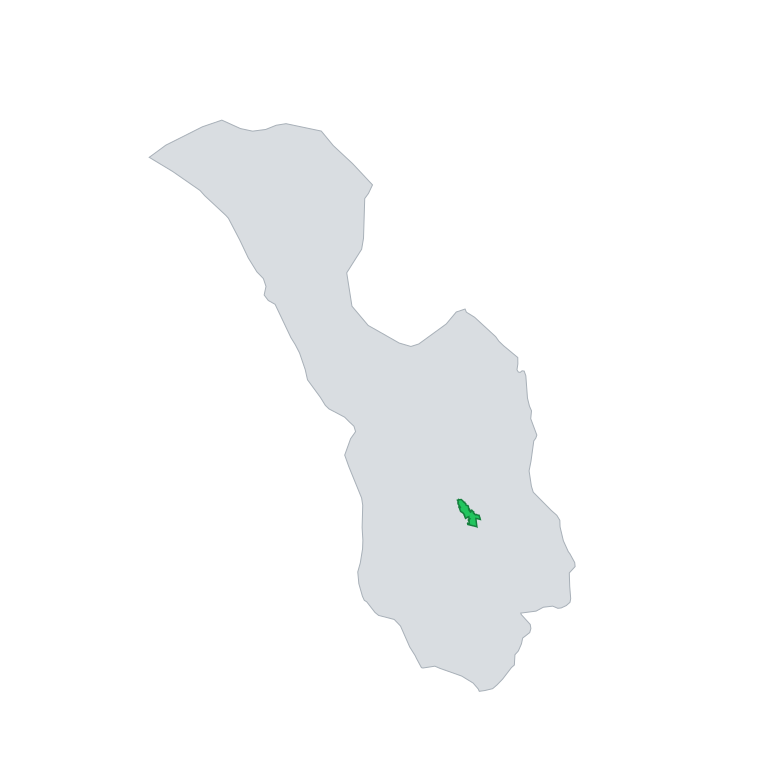 Sarkaņu pag., Madona, Latvia shown in context, rotated 59°
{"feature_id": "27541924B13907440389179", "entity_name": "Sarkaņu pag.", "entity_type": "district", "adm_level": 2, "iso_a3": "LVA", "parent_name": "Latvia", "parent_adm1": "Madona", "projection": "equal_earth", "projection_center": [26.346, 56.915], "detail": "fine", "context": "in_parent", "style": "filled", "palette": "green", "viewbox_px": 768, "rotation_deg": 59, "n_neighbors": 0, "source": "geoboundaries", "source_scale": "gbopen_adm2", "svg_char_len": 4941}
<svg xmlns="http://www.w3.org/2000/svg" viewBox="0 0 768 768"><g transform="rotate(59 384 384)"><path d="M559.3,512.3L554.8,511.8L542.2,508.4L531.6,503.3L525.2,496.5L514.3,487.3L507.1,482.6L495.8,476.7L477.0,464.7L470.2,461.9L436.7,456.7L424.7,454.3L413.7,440.8L410.2,432.9L404.7,431.5L398.7,433.2L392.2,434.8L377.0,444.0L372.1,445.3L362.8,445.4L341.0,447.4L331.1,444.1L313.9,440.4L304.6,439.8L296.3,439.9L259.6,436.3L252.8,440.2L246.0,440.9L239.6,434.9L231.5,433.1L222.4,435.2L206.0,435.4L186.5,433.5L161.8,432.0L158.1,432.7L130.3,440.7L123.4,442.0L93.0,455.7L68.8,468.5L66.9,448.0L70.0,407.2L74.3,387.1L91.1,375.5L99.6,366.4L104.9,354.3L106.7,343.1L110.4,333.9L134.9,307.5L153.6,304.7L179.0,297.4L207.4,291.3L212.6,299.1L215.1,305.0L248.5,326.5L257.0,333.8L269.5,358.7L300.8,371.4L325.7,367.4L336.6,361.2L356.7,349.9L365.7,341.6L367.6,333.6L364.6,299.7L359.5,285.0L361.5,275.9L364.9,276.4L373.4,272.0L401.0,263.9L406.5,263.5L412.8,261.8L430.2,255.7L435.7,258.9L440.3,262.7L442.9,262.7L444.2,261.3L443.8,258.9L445.1,257.2L450.0,258.2L470.0,268.3L477.8,270.7L483.0,271.4L489.3,276.1L506.5,279.3L508.6,281.8L509.9,284.9L525.9,297.8L533.2,304.4L547.5,310.3L553.6,311.8L578.6,305.7L585.6,303.5L591.4,303.5L597.2,306.7L610.7,311.0L622.8,312.4L625.0,312.1L635.3,312.5L638.9,314.2L641.4,322.5L653.2,329.1L664.1,334.5L666.9,337.0L667.8,341.9L667.2,347.5L665.8,350.5L661.3,353.8L657.4,362.4L657.0,370.6L650.8,384.8L652.3,385.1L665.4,382.5L669.2,384.0L672.1,387.1L673.2,396.0L677.5,400.0L682.0,406.3L683.5,411.2L692.0,417.0L692.7,420.8L698.0,434.2L700.1,441.9L701.1,447.8L698.7,455.4L696.5,460.6L693.9,460.3L686.3,461.6L674.4,467.8L656.7,482.4L652.1,485.7L647.5,496.9L646.4,498.0L636.0,497.5L633.1,497.2L622.7,497.4L599.9,494.5L591.1,496.5L579.6,507.8L575.1,509.4L561.7,511.0L559.3,512.3Z" fill="#d9dde1" stroke="#a8b0b8" stroke-width="1"/><path d="M554.2,377.9L546.9,374.7L546.6,374.5L546.5,374.4L549.1,371.8L549.1,371.7L549.3,371.6L549.7,371.2L548.2,370.8L548.1,370.7L547.8,370.7L547.5,370.6L547.3,370.6L545.7,370.2L545.7,370.4L545.4,370.5L545.1,370.7L544.9,370.8L544.4,371.4L543.8,371.9L543.6,371.9L543.6,372.5L543.3,373.0L543.1,373.0L542.8,373.0L542.4,373.3L542.2,373.4L542.0,373.2L541.5,373.3L541.3,373.4L541.3,373.5L541.0,373.7L540.7,373.8L540.4,373.7L540.2,373.6L540.1,373.4L539.7,373.3L539.7,373.2L539.5,373.3L539.1,373.3L538.9,373.4L538.5,373.6L538.3,373.6L538.2,373.6L537.6,373.7L537.5,373.8L537.3,373.8L537.3,374.1L537.3,374.4L537.4,374.5L537.5,374.6L537.9,375.0L538.1,375.2L538.4,375.4L538.4,375.5L538.4,375.8L537.9,376.0L537.4,376.0L536.8,376.0L536.5,376.1L536.2,376.1L536.2,375.8L536.0,376.0L535.8,376.0L535.7,376.0L535.7,375.9L535.8,375.7L535.7,375.7L535.4,375.7L535.1,375.5L535.1,375.4L534.9,375.5L534.8,375.3L534.6,375.3L534.2,375.3L534.1,375.5L533.4,375.2L532.9,375.0L532.8,374.9L532.6,374.9L532.4,374.8L531.7,374.7L531.4,374.7L531.3,374.8L531.2,375.0L530.8,375.5L530.6,375.7L530.5,375.8L530.3,376.0L530.2,376.0L529.9,376.0L529.6,376.0L529.4,375.9L529.1,375.8L529.0,375.7L528.8,375.7L528.7,375.6L528.4,375.7L528.0,375.9L527.7,376.0L527.4,375.9L527.4,376.0L527.2,376.1L526.8,376.2L526.7,376.1L526.6,376.3L526.4,376.5L524.6,376.7L524.3,376.8L524.1,376.9L523.8,377.0L522.8,377.3L522.6,377.8L522.4,378.2L522.2,378.7L522.1,378.9L522.1,379.1L521.9,379.2L521.9,379.3L521.4,379.6L521.6,379.8L521.8,380.0L521.5,380.6L521.4,380.9L522.0,381.0L522.3,381.0L522.5,380.9L522.8,380.9L522.9,381.0L523.0,381.0L523.3,381.2L523.4,381.3L523.5,381.4L523.8,381.4L523.8,381.6L523.9,381.8L524.0,381.8L524.3,381.8L524.4,382.0L524.5,382.0L524.8,382.2L525.1,382.3L525.3,382.2L527.2,382.1L528.4,382.1L528.5,382.1L528.5,382.3L528.8,382.2L529.0,382.2L529.3,382.2L529.3,382.3L529.2,382.4L529.1,382.5L528.7,382.7L528.4,382.9L528.0,383.1L528.3,383.3L528.9,383.2L529.1,383.2L529.9,383.4L530.2,383.4L530.8,383.6L531.0,383.6L532.2,383.9L532.3,383.9L532.3,383.7L532.5,383.7L532.8,383.7L533.0,383.7L533.4,383.7L533.5,383.6L533.8,383.3L534.0,383.2L534.3,383.2L534.5,383.0L534.7,382.9L534.8,382.8L535.4,382.8L535.7,382.6L535.8,382.6L536.8,382.5L537.1,382.5L537.3,382.5L537.5,382.5L537.6,382.8L538.4,382.8L538.9,382.8L539.0,382.8L539.1,383.0L539.6,383.1L540.3,383.2L540.5,383.2L541.2,383.3L541.2,383.2L541.2,382.2L541.2,381.8L541.2,381.4L541.2,380.7L541.1,380.4L541.3,380.1L541.4,379.9L541.4,379.7L541.7,379.9L541.8,379.9L542.1,380.2L542.8,380.1L543.6,380.0L543.6,379.9L543.8,379.8L543.8,380.2L543.8,380.3L543.8,380.5L543.7,380.8L543.6,381.0L544.0,381.0L544.4,381.0L544.6,381.1L544.4,381.2L544.2,381.4L543.8,381.4L543.7,381.4L543.8,381.4L543.9,381.6L544.4,381.6L544.5,381.9L545.0,381.9L545.1,381.7L545.6,382.0L545.9,382.0L546.0,382.0L546.9,382.4L547.6,382.7L547.8,382.8L547.4,383.3L547.5,383.4L547.1,383.6L547.0,383.8L546.9,383.8L547.0,383.8L546.6,384.0L546.5,383.9L546.4,384.0L546.6,384.2L546.9,384.2L547.0,384.3L547.6,384.5L547.7,384.4L551.3,380.8L552.0,380.0L552.4,379.6L553.2,378.9L554.0,378.0L554.2,377.9Z" fill="#22c55e" stroke="#15803d" stroke-width="1.5"/></g></svg>